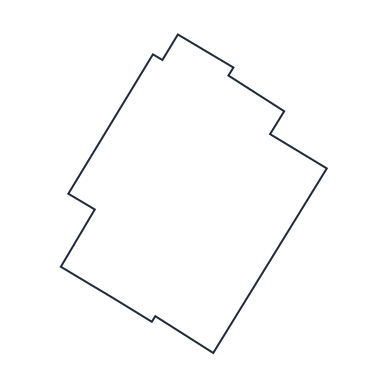 the district of Jackson, Ohio, United States of America, rotated 27°
{"feature_id": "52423323B30327543932736", "entity_name": "Jackson", "entity_type": "district", "adm_level": 2, "iso_a3": "USA", "parent_name": "United States of America", "parent_adm1": "Ohio", "projection": "mercator", "projection_center": [-82.642, 39.026], "detail": "fine", "context": "isolated", "style": "outline", "palette": "slate", "viewbox_px": 384, "rotation_deg": 27, "n_neighbors": 0, "source": "geoboundaries", "source_scale": "gbopen_adm2", "svg_char_len": 359}
<svg xmlns="http://www.w3.org/2000/svg" viewBox="0 0 384 384"><g transform="rotate(27 192 192)"><path d="M94.7,87.1L82.6,249.7L113.3,251.7L109.1,318.2L172.5,322.5L215.1,325.9L215.7,319.3L284.0,325.8L295.3,185.6L301.4,109.8L235.3,105.0L237.5,78.2L171.6,71.7L172.4,62.3L107.9,58.1L105.7,87.8L94.7,87.1Z" fill="none" stroke="#1e293b" stroke-width="2"/></g></svg>